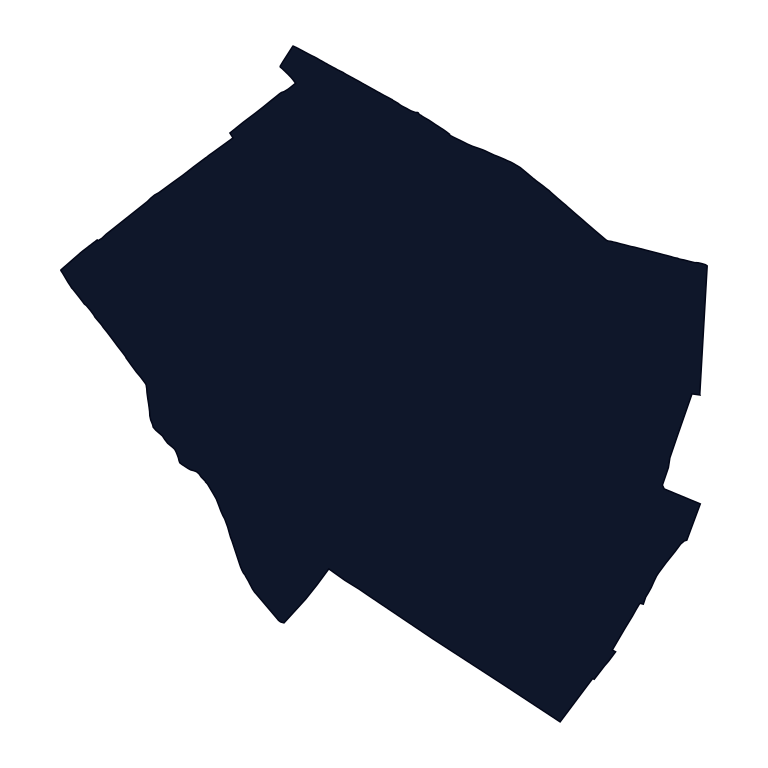 outline of Rascaeti, Dâmbovita, Romania
{"feature_id": "2599482B15564462831456", "entity_name": "Rascaeti", "entity_type": "district", "adm_level": 2, "iso_a3": "ROU", "parent_name": "Romania", "parent_adm1": "Dâmbovita", "projection": "equal_earth", "projection_center": [25.264, 44.589], "detail": "fine", "context": "isolated", "style": "filled", "palette": "ink", "viewbox_px": 768, "rotation_deg": 0, "n_neighbors": 0, "source": "geoboundaries", "source_scale": "gbopen_adm2", "svg_char_len": 5689}
<svg xmlns="http://www.w3.org/2000/svg" viewBox="0 0 768 768"><path d="M560.1,721.9L587.6,685.2L592.6,678.6L593.2,678.8L594.2,679.3L604.5,665.9L608.5,661.3L615.6,651.8L612.3,650.0L619.6,637.5L625.3,627.8L632.4,616.2L635.9,609.9L639.2,604.3L640.1,603.3L643.3,604.2L645.7,597.1L648.3,592.8L651.2,587.6L654.0,581.3L656.5,576.1L658.5,573.0L666.2,562.6L675.2,551.4L680.6,544.1L684.3,540.9L686.8,540.2L700.3,503.9L664.2,488.9L662.4,485.1L665.4,476.4L668.4,467.6L669.9,457.8L677.2,436.4L692.0,393.9L700.0,395.0L699.8,394.4L707.2,265.9L705.5,264.7L701.9,263.6L698.4,262.8L697.2,262.7L696.1,262.6L695.0,262.7L690.0,261.5L683.9,259.9L681.1,259.4L679.3,259.0L677.5,258.2L675.0,257.8L672.7,257.2L671.7,256.8L666.1,255.3L663.9,254.8L660.3,253.8L644.7,249.8L634.3,247.1L631.0,246.5L624.3,244.7L620.5,243.8L616.3,242.6L614.9,242.3L613.2,242.0L612.8,241.8L612.1,241.6L610.8,241.3L609.7,241.2L608.7,241.1L608.0,240.9L607.1,240.6L606.1,240.0L604.3,238.5L602.2,236.7L599.6,234.5L597.6,232.8L595.8,231.3L593.7,229.5L591.3,227.4L588.7,225.2L585.8,222.7L582.8,220.0L580.1,217.7L577.3,215.3L575.3,213.6L572.9,211.5L570.2,209.1L567.6,206.9L565.7,205.1L564.1,203.8L561.7,201.8L560.0,200.3L557.6,198.3L555.5,196.4L554.0,195.1L552.6,193.9L551.5,192.9L550.7,192.2L549.8,191.3L549.2,190.7L547.6,189.5L546.4,188.6L545.1,187.6L543.8,186.5L542.5,185.5L541.6,184.8L540.7,184.2L539.6,183.3L538.3,182.4L536.7,181.2L535.9,180.6L535.0,179.8L534.2,179.1L533.5,178.7L533.1,178.4L532.8,178.1L531.9,177.3L520.3,167.6L516.5,165.3L516.0,165.1L514.3,164.0L512.3,162.9L510.6,162.0L507.7,160.8L507.4,160.7L505.0,159.5L500.1,157.4L497.4,156.3L494.2,155.1L492.3,154.2L488.4,152.4L485.1,150.8L483.2,150.0L483.0,149.9L479.1,148.5L472.6,146.3L467.3,144.0L464.8,142.7L461.8,141.2L453.5,137.2L449.9,135.3L449.6,135.1L449.7,134.6L449.6,134.3L448.6,133.5L446.8,132.1L443.9,130.0L439.4,127.1L434.9,124.2L432.6,122.6L429.0,120.2L426.2,118.6L423.9,117.3L422.4,116.4L421.6,115.8L421.1,115.4L420.7,115.2L420.0,114.9L419.2,114.2L418.6,113.5L418.3,112.9L417.9,112.6L417.6,112.5L416.8,112.4L416.1,112.5L415.3,112.4L412.2,111.3L410.7,110.7L408.3,109.4L406.8,108.5L405.4,107.8L403.2,106.7L401.5,105.8L400.1,104.9L399.3,104.3L398.1,103.3L396.5,102.4L395.0,101.5L393.4,100.6L392.4,100.0L392.3,99.9L392.2,99.6L391.9,99.5L390.9,99.0L390.2,98.6L389.1,98.0L388.2,97.5L387.9,97.4L387.2,97.0L386.0,96.4L385.1,95.9L384.8,95.8L383.3,95.0L382.9,94.7L381.5,94.0L380.7,93.5L380.3,93.3L379.9,93.0L378.1,92.1L376.3,91.1L374.1,89.8L373.9,89.7L372.4,88.9L371.7,88.5L369.9,87.5L368.1,86.5L367.4,86.1L366.1,85.4L365.3,84.9L365.1,84.8L364.4,84.5L363.1,83.7L362.8,83.6L362.1,83.2L361.0,82.5L359.4,81.6L357.8,80.7L355.5,79.5L353.9,78.6L353.6,78.4L352.8,78.0L352.5,77.8L351.3,77.2L349.7,76.3L348.9,75.9L347.5,75.1L347.2,75.0L346.8,74.8L346.6,74.7L346.1,74.4L345.5,74.0L344.8,73.6L344.3,73.3L343.7,72.9L343.5,72.7L342.8,72.3L342.1,72.0L341.8,71.8L340.2,71.1L339.3,70.6L337.9,70.0L337.1,69.6L336.4,69.1L335.0,68.3L333.4,67.5L332.6,67.1L331.0,66.2L329.3,65.3L328.7,65.0L327.6,64.4L326.8,63.8L324.9,62.9L324.0,62.3L323.6,62.1L321.9,61.1L320.4,60.3L319.5,59.9L319.0,59.5L318.3,59.1L317.0,58.3L315.1,57.3L314.4,56.9L312.4,56.0L310.4,55.0L309.3,54.4L308.3,53.9L306.3,52.8L305.3,52.3L303.1,51.1L302.6,50.8L302.0,50.5L299.7,49.3L298.1,48.4L297.2,48.0L295.9,47.3L294.9,46.9L294.5,46.7L293.3,46.1L292.9,46.1L282.9,61.7L280.2,66.2L280.2,66.7L280.3,67.1L282.4,68.8L283.5,69.9L283.8,70.2L284.7,71.0L285.7,72.0L286.5,72.8L287.8,74.0L289.8,76.1L290.2,76.5L290.7,77.0L292.5,79.1L293.2,80.0L294.8,82.2L295.6,83.2L295.2,83.5L289.4,88.2L287.9,89.3L284.1,91.6L281.7,92.4L281.4,92.5L279.5,93.8L276.2,96.5L271.9,99.9L263.3,106.9L255.4,113.1L243.3,122.2L229.9,133.0L233.0,137.9L225.9,143.1L212.5,152.8L209.6,154.8L209.4,155.0L209.1,155.2L208.8,155.4L207.0,156.9L206.5,157.4L205.8,157.7L205.4,158.0L193.1,167.2L192.1,168.0L182.6,175.4L172.3,182.8L158.8,192.7L156.6,193.9L154.6,195.0L150.7,198.2L147.3,201.6L146.9,201.9L121.2,222.3L111.5,230.0L106.3,234.1L101.9,238.3L98.2,240.6L97.9,240.5L97.9,240.4L97.2,239.9L96.5,240.4L95.1,241.6L94.2,242.2L92.6,243.4L91.6,244.2L90.8,244.9L89.4,245.8L87.6,247.3L83.5,250.4L82.7,251.0L81.4,252.1L80.2,253.0L80.0,253.3L75.5,257.2L74.1,258.4L65.2,266.2L65.1,266.3L64.9,266.4L61.6,269.3L61.0,269.8L60.8,270.2L61.1,270.9L62.1,272.4L62.4,272.8L68.2,282.6L70.5,286.0L71.6,287.9L72.6,288.9L74.7,291.5L78.8,296.7L82.1,301.0L84.4,304.1L86.3,305.5L90.4,310.4L93.8,315.0L95.0,317.2L97.8,320.5L101.5,324.8L103.3,327.5L106.9,331.9L112.1,338.8L117.5,346.1L122.8,352.9L126.2,357.5L126.0,357.8L129.2,362.2L131.2,365.0L136.5,372.2L140.5,376.9L145.7,383.9L146.2,385.2L146.6,388.0L146.7,388.3L147.0,392.8L147.8,398.8L148.6,403.8L149.1,407.5L149.6,411.5L149.8,415.7L150.7,419.9L152.6,424.6L153.2,427.2L155.9,430.3L159.5,433.4L159.8,433.6L162.5,436.0L164.7,439.4L167.7,443.3L172.7,447.4L174.7,449.3L176.0,451.7L177.3,454.9L178.4,457.9L179.0,460.6L179.8,462.8L182.0,464.5L188.3,468.6L190.7,469.9L193.8,470.7L196.5,471.7L199.0,473.8L201.2,477.0L205.2,481.1L205.5,481.5L205.5,481.9L207.5,484.0L212.8,492.9L216.3,499.0L218.9,505.7L220.9,511.1L222.9,515.6L224.7,518.9L227.7,527.1L229.2,532.5L230.6,537.4L231.9,540.7L240.0,565.3L240.2,565.6L240.4,566.5L240.9,567.7L241.5,569.1L241.7,569.5L241.9,570.1L243.3,572.8L243.7,573.4L244.6,574.5L245.0,575.0L245.9,576.8L248.6,581.4L249.5,583.3L251.0,586.1L251.8,587.7L252.5,589.0L253.7,590.8L254.0,591.2L254.3,591.8L254.7,592.2L255.1,592.8L255.5,593.1L278.1,619.8L278.3,620.2L279.2,620.9L280.1,621.6L281.2,622.2L281.9,622.3L282.5,622.5L284.0,622.9L287.4,619.2L305.7,599.1L317.0,584.9L328.8,568.9L344.8,580.3L359.2,589.2L367.8,595.1L381.6,604.4L424.6,633.3L432.9,638.9L502.3,683.9L560.1,721.9Z" fill="#0f172a" stroke="#020617" stroke-width="1.5"/></svg>